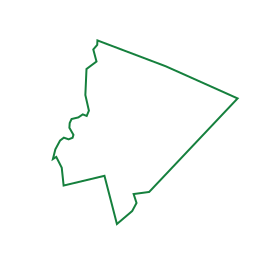 outline of Nueva Helvecia, Colonia, Uruguay, rotated 304°
{"feature_id": "84410073B82760199523865", "entity_name": "Nueva Helvecia", "entity_type": "district", "adm_level": 2, "iso_a3": "URY", "parent_name": "Uruguay", "parent_adm1": "Colonia", "projection": "robinson", "projection_center": [-57.23, -34.305], "detail": "fine", "context": "isolated", "style": "outline", "palette": "green", "viewbox_px": 256, "rotation_deg": 304, "n_neighbors": 0, "source": "geoboundaries", "source_scale": "gbopen_adm2", "svg_char_len": 521}
<svg xmlns="http://www.w3.org/2000/svg" viewBox="0 0 256 256"><g transform="rotate(304 128 128)"><path d="M213.8,202.3L200.3,124.9L183.5,53.7L179.7,56.0L173.7,55.3L165.5,64.7L153.7,60.6L131.5,74.2L120.5,85.9L114.9,87.0L114.0,82.9L109.0,80.9L103.9,76.2L99.5,76.9L95.4,79.3L91.8,86.6L88.9,87.5L85.4,85.1L84.1,80.2L79.6,78.7L69.7,79.7L60.3,83.1L63.9,84.7L58.0,95.3L44.3,106.8L75.2,135.2L54.0,159.2L42.2,172.5L61.5,177.9L70.6,177.0L76.4,169.6L86.8,181.3L213.8,202.3Z" fill="none" stroke="#15803d" stroke-width="2"/></g></svg>